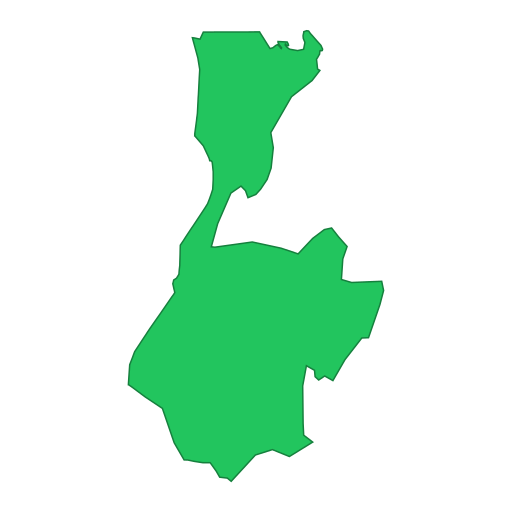 outline of Wad Bandah, North Kordufan, Sudan
{"feature_id": "16777658B16794991274557", "entity_name": "Wad Bandah", "entity_type": "district", "adm_level": 2, "iso_a3": "SDN", "parent_name": "Sudan", "parent_adm1": "North Kordufan", "projection": "equal_earth", "projection_center": [27.688, 13.304], "detail": "fine", "context": "isolated", "style": "filled", "palette": "green", "viewbox_px": 512, "rotation_deg": 0, "n_neighbors": 0, "source": "geoboundaries", "source_scale": "gbopen_adm2", "svg_char_len": 3388}
<svg xmlns="http://www.w3.org/2000/svg" viewBox="0 0 512 512"><path d="M199.7,70.1L199.4,75.3L199.3,77.0L198.4,94.9L198.2,97.4L198.0,101.7L197.4,113.3L197.1,115.8L196.8,117.8L196.5,120.8L194.7,134.2L194.9,134.4L194.7,135.9L194.9,136.0L201.5,143.7L203.3,145.8L207.0,153.7L207.9,155.5L208.1,156.0L208.8,157.6L209.1,158.3L209.6,159.9L209.6,160.3L209.8,160.8L210.1,160.8L210.5,160.8L210.8,160.8L211.0,160.9L211.3,160.9L211.6,161.2L211.9,161.7L212.2,162.3L212.6,165.8L213.1,170.9L213.2,171.4L213.2,173.0L213.2,174.0L213.2,176.8L213.2,179.8L213.0,183.8L212.7,189.4L211.0,194.6L209.7,198.3L209.1,199.9L207.8,203.2L207.5,203.9L204.8,208.2L201.1,213.8L193.3,225.6L191.7,227.9L186.0,236.5L183.2,240.9L181.7,243.1L180.3,245.2L180.2,248.8L180.1,254.1L179.8,264.1L179.8,265.3L179.3,269.5L178.9,274.3L177.7,276.3L177.1,277.2L176.6,278.1L175.9,278.6L173.7,280.0L173.2,282.3L173.0,283.0L172.8,283.8L173.1,285.0L174.1,289.6L174.4,290.6L174.5,291.3L174.8,292.6L173.1,295.2L171.9,296.8L171.0,298.1L168.2,302.2L160.2,313.8L158.1,316.8L157.8,317.2L151.8,325.8L150.7,327.4L150.4,327.8L147.3,332.4L146.7,333.4L140.8,342.3L140.1,343.4L139.8,343.9L139.1,344.9L134.7,351.6L133.7,354.2L132.5,357.5L129.7,364.7L129.7,364.8L129.2,372.3L128.7,379.7L128.5,382.6L128.4,384.3L128.4,384.7L128.6,384.7L129.0,385.0L129.4,385.3L131.2,386.5L145.3,397.0L162.4,408.4L168.2,425.3L174.2,442.8L184.1,459.9L187.7,460.0L194.4,461.4L202.8,462.7L210.2,462.7L216.2,471.1L219.7,477.2L227.3,478.1L231.2,481.3L255.4,455.0L272.4,449.6L289.4,456.5L312.7,442.1L303.7,435.2L303.1,423.5L302.7,385.9L306.4,365.7L314.5,370.3L315.1,376.7L318.7,380.0L324.7,376.0L332.9,380.6L345.0,359.6L361.8,338.0L368.5,337.7L379.9,304.6L383.6,290.5L381.7,281.3L351.6,282.5L341.4,279.5L342.8,258.9L347.1,246.5L338.5,236.8L331.6,228.0L324.3,229.6L312.7,238.4L298.1,253.9L281.1,248.2L252.3,242.0L214.9,247.2L211.3,246.8L217.7,223.6L230.9,193.1L241.0,186.1L245.5,190.7L248.0,197.7L255.9,194.4L260.6,189.2L267.1,179.5L271.1,168.1L273.3,147.7L270.8,132.6L291.5,96.7L312.1,80.5L319.7,70.7L319.9,70.4L319.6,70.2L317.6,69.1L317.5,68.4L317.1,64.5L316.5,59.2L317.4,57.9L317.5,57.8L318.6,55.8L319.6,54.1L319.6,53.3L319.8,52.0L319.8,51.1L320.4,50.5L321.0,50.7L321.1,50.8L322.3,50.5L322.6,49.1L322.5,48.9L322.4,48.7L321.8,47.3L321.3,46.2L321.0,45.5L320.6,45.0L316.1,40.0L316.0,39.8L315.8,39.6L314.9,38.6L314.2,37.8L312.3,35.6L310.9,34.1L310.0,33.0L309.8,32.7L309.1,31.7L308.9,31.4L308.6,31.0L306.6,30.7L303.8,31.7L303.7,32.7L303.4,34.0L303.1,35.4L303.1,35.7L303.1,35.8L303.1,36.4L303.2,37.1L303.2,37.6L303.3,38.3L303.3,38.5L304.8,42.1L304.8,42.3L304.9,42.6L303.6,49.3L298.5,50.4L297.7,50.6L289.6,49.2L287.0,47.3L285.7,45.6L285.2,45.1L285.2,44.8L285.4,44.1L286.3,45.1L287.9,45.8L288.5,45.5L288.4,45.0L288.3,44.2L288.2,44.0L287.2,42.0L278.0,41.5L278.0,42.0L278.0,42.4L279.4,45.2L280.0,45.7L280.5,46.4L281.1,47.2L281.4,47.5L281.6,47.8L281.3,48.6L280.7,48.3L280.3,47.7L280.0,47.0L277.5,44.6L275.7,45.5L272.8,47.8L270.0,48.5L267.2,44.1L263.4,38.0L262.3,36.3L259.7,32.2L259.6,31.9L259.1,31.9L257.1,31.9L255.7,31.9L247.2,32.0L237.9,32.0L235.9,32.0L232.6,32.0L229.3,32.0L228.2,32.0L225.1,32.0L224.4,32.0L216.6,32.0L215.4,32.0L212.4,32.1L210.6,32.1L205.8,32.1L204.8,32.1L203.3,32.1L200.0,39.2L198.4,38.8L195.2,38.1L194.7,38.0L193.3,37.8L192.4,37.7L193.4,41.5L193.9,43.3L197.9,58.1L198.0,58.8L198.7,63.2L199.7,69.3L199.7,70.1Z" fill="#22c55e" stroke="#15803d" stroke-width="1.5"/></svg>